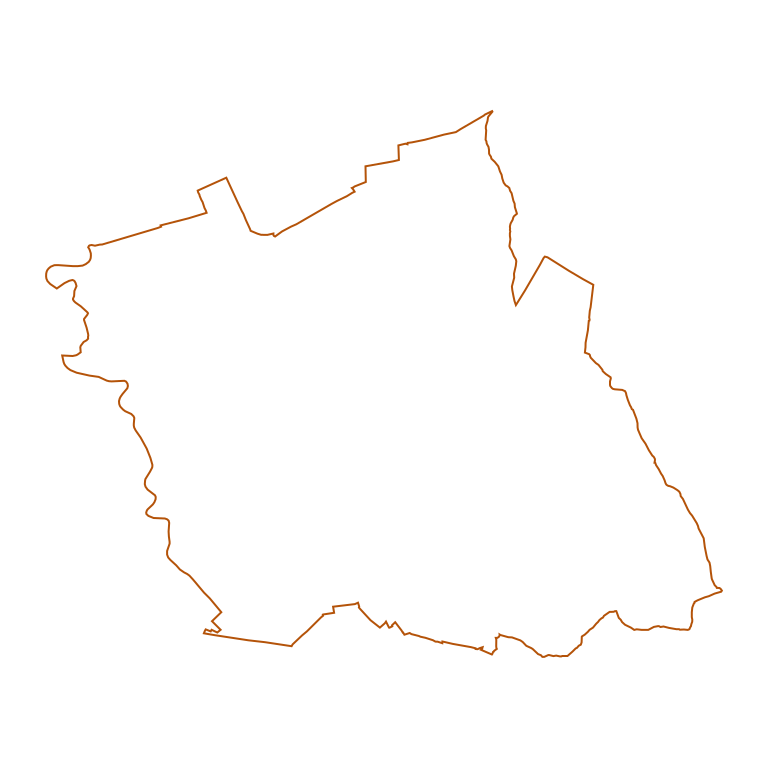 the district of Vorona, Botosani, Romania
{"feature_id": "2599482B82884010632757", "entity_name": "Vorona", "entity_type": "district", "adm_level": 2, "iso_a3": "ROU", "parent_name": "Romania", "parent_adm1": "Botosani", "projection": "mercator", "projection_center": [26.622, 47.579], "detail": "fine", "context": "isolated", "style": "outline", "palette": "amber", "viewbox_px": 768, "rotation_deg": 0, "n_neighbors": 0, "source": "geoboundaries", "source_scale": "gbopen_adm2", "svg_char_len": 6058}
<svg xmlns="http://www.w3.org/2000/svg" viewBox="0 0 768 768"><path d="M291.6,646.2L292.6,644.4L302.1,635.4L306.9,631.4L321.0,617.4L323.0,615.8L322.7,614.9L323.0,614.5L334.1,612.8L333.1,606.7L354.9,604.1L358.0,602.7L359.2,606.6L358.9,607.5L359.8,608.6L370.5,620.2L379.9,627.6L384.8,623.3L386.0,621.6L389.0,627.6L389.5,627.7L392.3,626.3L392.0,625.3L395.2,622.2L401.5,630.4L402.8,632.6L403.1,632.5L404.4,634.7L409.7,633.0L411.4,634.1L418.9,636.0L420.4,636.7L425.4,637.8L432.9,640.2L435.4,641.6L437.7,641.7L442.3,643.2L442.4,641.5L452.8,643.9L470.8,647.1L475.6,648.3L475.6,649.0L477.6,649.2L479.8,648.1L482.6,647.2L482.2,648.6L481.0,649.8L491.9,654.5L492.3,654.0L493.1,651.9L493.7,651.7L494.1,650.9L496.8,648.9L496.4,648.0L496.2,646.3L496.3,639.6L495.8,637.9L497.3,637.9L498.8,636.9L499.7,635.3L499.6,634.5L500.4,635.0L508.3,637.2L512.0,637.4L520.4,640.4L522.7,642.0L526.3,645.8L531.1,648.0L532.7,649.0L538.1,654.1L540.9,655.2L542.4,656.9L544.2,656.9L548.2,655.1L549.0,655.0L553.4,656.1L556.2,655.6L560.0,656.4L561.3,656.4L562.2,656.0L567.5,656.0L572.6,651.5L575.7,648.4L576.9,647.9L578.8,645.7L580.8,644.7L581.6,642.4L581.8,636.7L582.1,636.3L584.7,634.7L587.9,631.8L589.6,629.8L593.0,627.6L596.2,623.7L598.1,621.9L599.3,620.2L601.5,618.3L602.9,617.6L604.0,615.8L609.6,611.9L613.6,611.8L615.1,611.1L616.3,611.1L618.8,617.9L620.7,619.7L622.1,622.1L625.1,624.8L630.9,627.6L634.2,629.9L636.7,629.3L641.9,629.9L648.2,629.9L653.9,626.9L658.2,626.1L659.0,626.2L660.5,627.0L663.5,626.5L669.0,627.9L676.4,629.2L679.1,629.2L679.9,629.7L683.9,629.5L687.8,629.9L689.4,629.2L690.3,627.1L690.9,626.3L691.4,624.0L692.2,621.8L692.3,619.6L691.8,617.1L691.8,612.2L692.3,607.5L693.9,603.4L694.5,602.9L694.6,601.9L697.6,600.3L704.9,597.3L708.8,596.2L714.6,593.6L721.2,591.7L721.9,590.6L720.5,588.7L719.4,588.0L716.8,587.9L716.5,587.0L714.7,585.2L712.0,579.4L711.7,578.4L710.8,571.9L710.2,566.0L709.5,562.6L707.5,559.5L706.6,556.0L704.8,547.0L703.7,538.3L698.6,528.5L698.0,526.0L696.7,523.1L692.1,515.6L690.0,513.1L687.9,509.6L682.9,498.9L680.7,496.1L680.4,493.9L679.3,491.7L677.5,490.2L673.4,487.6L670.0,486.2L668.3,485.9L666.6,484.9L666.0,484.1L665.4,482.8L664.6,480.3L662.7,476.0L661.1,473.7L658.7,469.1L656.1,465.2L655.2,462.7L654.5,462.7L655.0,459.9L654.8,458.7L653.7,456.8L652.3,455.6L648.9,450.3L645.5,443.7L641.7,438.3L639.7,433.7L638.0,429.7L637.6,427.5L637.5,423.2L636.4,418.7L633.0,409.8L631.8,409.1L631.1,407.2L630.0,405.4L627.8,399.8L626.4,395.2L626.0,393.1L625.1,391.2L622.2,389.9L614.8,389.3L613.0,388.9L611.9,388.1L610.3,386.1L610.0,385.0L610.0,381.4L610.8,378.5L610.6,377.3L605.8,374.0L603.3,371.7L602.6,370.9L602.4,369.8L598.5,364.9L595.9,363.1L590.8,357.8L590.1,356.3L589.9,355.1L589.2,354.2L584.9,352.6L585.5,347.3L585.6,342.8L587.9,330.3L588.8,320.8L589.4,320.6L589.6,319.8L589.2,317.5L589.8,310.8L590.6,307.3L593.3,284.8L583.1,279.2L569.4,271.1L547.5,257.3L544.8,256.6L543.6,258.0L539.9,264.9L525.0,290.5L515.9,305.1L514.5,301.0L513.5,296.4L512.3,290.1L511.9,286.5L514.2,277.7L514.0,273.7L515.8,265.8L516.3,261.2L515.8,259.3L513.9,256.2L511.6,250.4L510.0,247.9L509.4,246.1L510.4,239.3L509.9,236.0L509.9,233.2L510.3,231.4L509.9,230.0L510.1,228.8L509.9,226.7L510.2,225.0L510.6,223.5L512.7,219.7L513.3,217.4L514.2,216.0L516.9,213.8L516.9,213.5L514.9,207.2L514.6,203.6L513.4,200.8L511.6,193.2L510.1,190.8L509.3,188.0L507.5,186.4L505.7,185.4L503.7,182.7L502.3,178.5L501.6,174.8L500.0,171.5L498.3,166.3L494.7,161.8L491.4,158.7L490.9,156.6L489.7,154.9L489.1,153.7L489.0,149.8L488.5,146.9L487.1,144.4L486.6,143.1L486.4,141.3L485.6,139.8L486.2,130.4L485.8,128.3L485.9,126.0L487.5,120.9L488.0,117.4L488.4,116.5L492.4,111.7L492.1,111.1L484.9,114.6L483.8,115.6L460.6,129.1L455.9,132.1L444.0,134.6L424.7,139.8L411.8,142.4L407.6,142.9L407.5,144.3L405.4,143.7L398.4,145.4L398.9,160.0L392.9,161.4L365.5,166.3L365.8,182.0L354.5,186.5L353.5,187.3L351.9,188.0L353.1,189.3L354.6,191.7L352.3,192.8L347.0,196.1L336.9,201.0L331.2,204.1L296.3,224.3L291.1,226.6L282.1,231.4L275.1,236.5L273.9,235.9L273.4,235.0L273.4,233.5L267.3,234.9L261.1,234.8L257.5,233.7L250.6,230.8L250.1,229.2L245.9,220.1L243.4,213.8L241.9,211.2L237.7,202.4L226.3,177.7L197.7,190.6L198.2,192.5L199.4,194.6L199.7,196.0L201.3,199.8L202.6,202.1L204.5,208.0L205.8,210.5L206.6,212.8L188.5,218.3L160.6,225.4L161.1,226.7L157.7,228.0L102.2,244.5L99.9,244.6L95.0,245.7L91.6,245.0L89.6,245.4L89.0,245.8L88.2,247.3L89.5,249.4L90.8,253.3L90.9,255.6L90.7,258.0L90.1,259.8L88.8,261.8L85.8,264.1L82.6,265.6L78.0,266.1L72.5,266.1L57.9,265.1L54.3,265.2L50.7,266.7L48.6,268.5L47.3,270.2L46.7,271.5L46.2,273.6L46.1,276.5L46.4,278.6L47.5,281.1L50.2,284.0L56.8,288.5L64.5,283.1L69.2,280.8L72.4,280.0L73.6,280.4L74.6,281.2L75.6,283.0L76.5,286.1L74.4,291.0L74.1,296.1L73.0,298.7L73.0,299.5L73.9,301.0L75.4,302.5L80.8,306.3L87.4,312.3L88.0,313.2L87.3,314.8L84.1,318.9L84.0,319.9L86.6,327.7L88.1,333.9L88.3,335.7L88.0,336.9L88.1,338.7L86.6,340.3L83.6,342.0L80.7,345.9L80.3,347.3L80.7,352.3L77.5,354.6L76.0,355.3L72.6,356.0L62.2,355.5L63.6,362.1L64.3,364.0L65.3,365.6L67.5,368.0L70.4,370.1L76.6,372.7L89.5,375.6L98.7,376.9L106.7,380.6L109.0,381.2L111.6,381.4L124.4,380.8L126.1,381.6L127.5,383.7L127.9,386.0L127.3,388.3L122.6,393.9L120.6,396.7L119.7,398.5L119.0,401.1L119.2,403.9L119.9,405.9L120.7,407.1L123.2,409.7L125.2,411.2L131.3,414.0L133.6,416.3L134.3,418.0L133.8,423.8L133.8,425.6L134.2,427.6L135.7,430.5L140.6,437.5L146.7,448.6L150.4,457.9L152.4,464.9L152.3,467.0L151.9,468.1L150.0,471.7L145.4,479.1L145.1,480.5L144.8,484.1L145.5,486.7L147.6,489.6L155.0,495.3L155.7,496.9L155.6,499.2L154.4,502.2L152.9,504.4L147.8,509.2L146.9,510.4L146.2,512.5L146.4,514.0L148.4,515.9L153.6,518.0L164.9,518.5L167.1,519.3L168.6,520.6L169.2,522.9L168.6,531.5L168.9,536.6L169.6,541.8L169.6,543.7L167.1,551.0L167.1,554.6L168.2,557.5L170.4,560.0L176.2,565.3L179.9,569.5L184.1,572.4L187.2,574.0L189.4,575.6L192.9,579.4L204.0,592.6L209.8,598.4L221.3,612.2L212.0,621.2L220.6,629.8L217.3,632.5L211.6,629.8L210.7,631.4L205.7,629.4L204.8,631.0L203.9,633.3L214.9,635.2L248.4,640.3L265.1,642.2L291.6,646.2Z" fill="none" stroke="#b45309" stroke-width="2"/></svg>